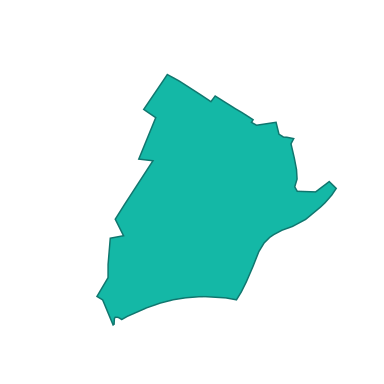 outline of Delaware, Pennsylvania, United States of America, rotated 334°
{"feature_id": "52423323B13183182177213", "entity_name": "Delaware", "entity_type": "district", "adm_level": 2, "iso_a3": "USA", "parent_name": "United States of America", "parent_adm1": "Pennsylvania", "projection": "orthographic", "projection_center": [-75.397, 39.934], "detail": "fine", "context": "isolated", "style": "filled", "palette": "teal", "viewbox_px": 384, "rotation_deg": 334, "n_neighbors": 0, "source": "geoboundaries", "source_scale": "gbopen_adm2", "svg_char_len": 1052}
<svg xmlns="http://www.w3.org/2000/svg" viewBox="0 0 384 384"><g transform="rotate(334 192 192)"><path d="M278.6,153.8L271.6,142.3L267.5,136.2L254.9,115.9L248.6,119.1L243.3,110.0L229.2,86.7L221.3,75.6L213.2,80.3L184.8,96.6L192.0,109.3L158.6,139.1L170.6,146.8L125.8,173.7L111.1,182.8L111.3,201.3L98.3,197.7L84.9,220.2L79.0,232.2L60.8,244.2L64.4,249.8L62.8,276.9L63.6,276.7L64.0,276.7L66.7,271.8L68.1,270.9L70.4,272.1L71.5,273.4L72.9,275.8L73.0,275.8L79.4,275.4L100.1,276.2L100.5,276.2L114.7,277.9L127.4,280.5L127.9,280.6L139.9,284.3L151.9,289.0L152.0,289.0L152.6,289.3L154.3,290.1L158.5,292.1L176.0,302.0L184.7,308.4L192.4,303.5L201.4,296.6L214.1,285.7L225.9,274.9L234.5,269.4L242.1,266.8L247.0,266.1L250.2,266.0L256.2,265.8L267.3,267.0L282.3,266.4L301.1,261.8L306.8,260.0L316.3,256.0L323.2,252.0L319.9,242.8L303.1,246.1L286.9,237.5L286.6,232.4L292.1,226.4L295.7,217.8L298.7,206.8L302.1,192.1L306.8,188.6L301.3,184.4L298.4,182.9L295.5,178.2L298.1,166.2L279.3,160.3L276.0,155.5L278.6,153.8Z" fill="#14b8a6" stroke="#0f766e" stroke-width="1.5"/></g></svg>